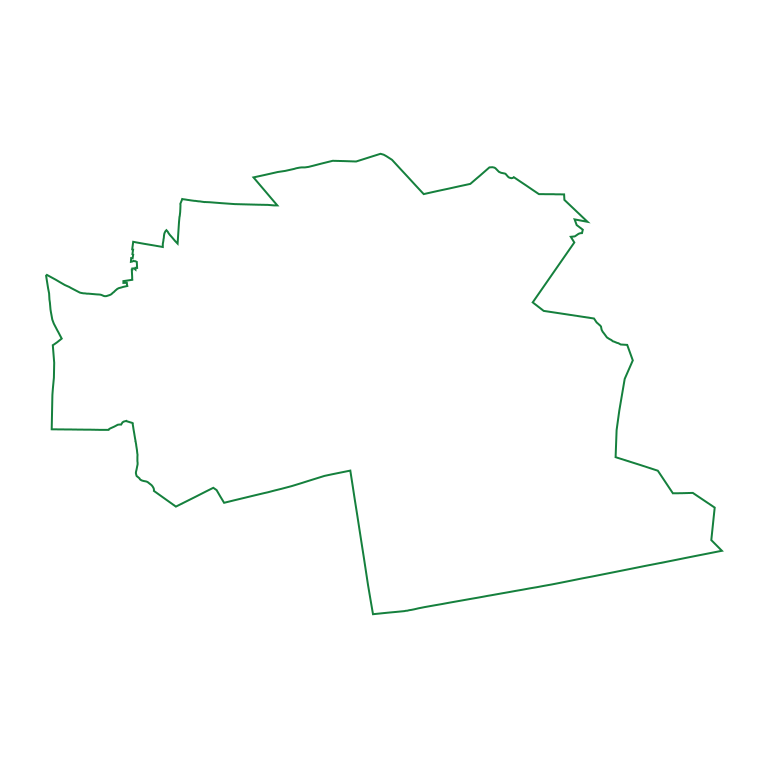 Ocoyoacac, México, Mexico
{"feature_id": "50627088B98406065457208", "entity_name": "Ocoyoacac", "entity_type": "district", "adm_level": 2, "iso_a3": "MEX", "parent_name": "Mexico", "parent_adm1": "México", "projection": "robinson", "projection_center": [-99.425, 19.258], "detail": "fine", "context": "isolated", "style": "outline", "palette": "green", "viewbox_px": 768, "rotation_deg": 0, "n_neighbors": 0, "source": "geoboundaries", "source_scale": "gbopen_adm2", "svg_char_len": 5051}
<svg xmlns="http://www.w3.org/2000/svg" viewBox="0 0 768 768"><path d="M224.1,502.8L233.4,500.5L244.2,497.9L254.1,495.5L264.6,493.0L267.8,492.3L274.6,490.5L281.5,488.8L291.7,486.1L295.3,485.0L301.5,483.1L308.1,481.0L318.7,477.7L324.5,475.9L332.5,474.2L341.4,472.4L350.3,470.6L352.7,486.0L354.7,499.1L357.3,515.5L359.2,527.8L361.7,543.9L363.8,557.3L365.6,569.1L368.0,584.9L370.9,602.0L373.0,614.2L383.7,613.1L388.7,612.6L396.3,611.9L404.5,611.1L405.7,610.8L407.3,610.7L409.2,610.2L411.3,609.9L414.3,609.3L418.5,608.3L421.1,607.8L424.6,607.1L434.7,605.3L441.7,604.1L448.7,602.8L456.0,601.5L462.8,600.3L470.1,599.0L477.1,597.8L484.3,596.5L487.4,595.9L491.0,595.3L501.6,593.4L508.5,592.2L515.6,590.9L522.6,589.7L529.6,588.4L536.8,587.2L543.7,585.9L551.6,584.5L561.3,582.6L571.8,580.5L582.2,578.4L592.8,576.4L603.3,574.3L613.4,572.3L623.9,570.2L634.4,568.1L645.3,565.9L655.1,564.0L665.9,561.9L676.4,559.8L686.8,557.7L697.9,555.5L708.1,553.5L718.7,551.4L721.9,550.8L711.3,540.1L713.9,515.2L714.7,507.6L692.8,492.9L681.7,493.2L672.9,493.3L659.1,472.6L657.8,470.7L639.7,464.8L615.6,457.2L616.6,430.1L619.3,410.6L624.7,378.9L632.8,360.4L627.2,344.9L620.7,344.5L618.4,343.2L617.1,342.9L615.9,342.4L614.0,341.6L612.9,341.3L611.3,340.0L610.5,339.6L609.2,338.9L606.9,337.4L605.3,335.2L603.9,333.3L602.7,331.8L601.6,329.7L601.0,326.6L600.4,325.8L596.6,322.4L594.0,318.5L565.0,314.1L543.7,310.9L532.7,302.4L574.3,242.5L570.8,236.8L574.7,236.4L575.4,236.0L576.4,235.3L578.6,233.8L580.3,233.2L582.0,233.1L582.8,229.7L576.7,225.1L574.6,219.4L587.5,221.8L564.4,199.9L564.1,194.4L555.2,194.3L553.8,194.2L547.2,194.2L538.9,194.1L532.8,190.0L526.5,185.7L520.2,181.5L513.8,177.2L513.4,177.6L512.5,178.0L511.3,178.2L509.2,177.6L508.1,176.8L505.5,173.8L504.6,173.5L501.1,172.8L498.9,171.8L495.4,168.2L494.3,167.6L492.4,167.2L489.4,167.4L479.9,175.7L476.7,178.4L470.3,183.9L459.6,186.2L448.8,188.6L438.0,190.9L430.8,192.5L423.7,194.1L415.7,185.5L407.8,176.9L399.9,168.4L392.0,159.8L386.4,156.2L383.7,154.7L380.5,153.8L370.0,157.1L363.1,159.3L356.1,161.5L344.4,161.1L332.7,160.8L321.0,163.7L313.3,165.7L308.5,166.9L304.9,167.4L301.7,167.4L299.7,167.6L297.6,168.0L296.1,168.3L294.2,168.9L285.2,170.9L277.8,172.0L271.2,173.5L263.6,175.2L253.5,177.4L260.2,185.3L265.4,191.4L270.9,197.9L277.3,205.4L274.0,205.4L267.9,204.9L257.5,204.7L234.8,204.1L222.0,203.2L209.2,202.2L206.4,202.1L205.1,202.0L204.8,202.1L203.3,201.9L201.8,201.7L200.0,201.4L198.1,201.3L197.9,201.2L197.5,201.2L195.5,200.9L194.8,200.9L191.0,200.4L190.4,200.3L188.4,200.0L187.6,199.9L185.9,199.6L184.5,199.4L183.5,199.3L182.2,199.0L181.9,199.9L181.7,200.5L180.4,203.7L180.3,204.0L180.5,204.8L180.3,209.9L180.2,211.4L180.2,211.9L179.8,215.5L179.6,216.7L179.5,216.8L179.0,222.2L177.6,243.6L175.0,240.9L171.9,237.2L171.1,236.3L170.0,235.1L168.5,233.1L168.0,232.1L167.3,231.2L166.4,230.2L165.4,231.3L164.9,232.3L164.4,233.4L164.2,234.4L164.0,235.6L163.8,238.0L163.5,239.4L163.4,240.6L163.1,242.3L162.8,243.8L162.8,245.2L162.8,247.0L151.3,245.0L144.1,243.8L136.8,242.5L133.2,241.8L132.2,249.4L133.1,249.6L132.4,254.2L133.2,254.6L132.6,258.3L131.2,258.1L130.9,261.8L132.7,261.4L133.4,260.9L134.7,261.2L135.3,261.2L136.8,261.9L137.1,267.9L135.6,267.8L135.5,269.6L134.1,268.4L132.3,268.5L132.3,269.7L131.8,269.7L131.9,271.7L132.2,277.5L132.1,278.3L132.3,279.1L132.3,279.8L123.4,281.1L123.4,282.9L126.8,282.8L127.0,284.5L127.3,286.0L123.2,286.9L121.6,287.4L120.1,287.8L118.9,288.1L117.3,288.9L116.4,289.7L115.4,290.5L114.6,291.3L113.8,292.1L112.7,292.9L111.7,293.9L110.7,294.6L109.5,295.1L106.4,296.1L105.0,296.2L103.9,296.0L102.5,295.4L101.3,294.9L100.1,294.6L98.8,294.5L96.8,294.4L88.9,293.7L87.1,293.7L85.2,293.4L83.3,293.3L81.6,293.0L79.9,292.6L78.9,292.1L71.2,288.1L69.1,286.9L67.7,286.3L64.8,285.0L59.6,282.0L55.9,279.8L46.9,274.9L46.1,275.7L46.6,278.9L48.1,288.3L49.1,293.4L49.4,298.7L49.4,299.2L49.9,302.6L50.5,309.5L50.9,312.0L51.4,314.7L52.3,319.6L53.8,323.6L57.4,330.5L58.3,332.1L59.7,334.8L61.7,338.6L57.1,342.3L53.8,344.6L52.8,345.2L54.2,362.8L53.9,377.7L52.9,388.3L52.4,394.9L51.7,429.3L59.9,429.4L72.1,429.5L79.4,429.6L91.3,429.7L102.0,429.9L108.6,429.9L109.2,429.0L110.3,428.4L114.3,426.6L116.2,425.6L116.7,425.3L117.9,424.7L120.1,424.5L121.1,424.6L121.8,423.5L122.5,422.4L123.7,421.6L126.0,421.0L126.4,420.9L126.5,421.2L128.6,421.8L130.1,422.3L132.0,422.8L132.8,423.3L132.7,423.6L132.7,424.0L132.8,424.7L133.2,427.1L133.5,429.2L134.2,433.2L134.5,435.1L135.1,438.7L135.4,440.2L135.5,440.8L135.4,441.1L135.6,441.3L135.7,442.1L136.2,444.9L136.2,445.3L136.9,449.7L137.3,453.5L137.5,454.5L137.5,455.1L137.4,457.0L137.4,457.4L137.4,459.0L137.4,461.1L137.6,462.7L137.6,464.3L137.4,465.3L137.1,466.7L136.6,469.3L136.1,471.4L135.9,472.6L135.9,473.2L136.3,475.0L136.7,476.1L138.1,477.2L139.4,478.3L140.0,479.3L140.7,479.9L141.2,480.1L141.9,480.5L143.7,481.0L145.8,481.4L146.6,481.6L147.7,482.1L149.2,483.3L151.5,485.1L152.5,486.3L153.4,487.8L153.8,488.8L154.0,490.2L153.9,490.9L175.9,506.6L195.3,496.9L206.1,491.4L213.3,487.8L216.6,490.1L220.3,496.5L224.1,502.8Z" fill="none" stroke="#15803d" stroke-width="2"/></svg>